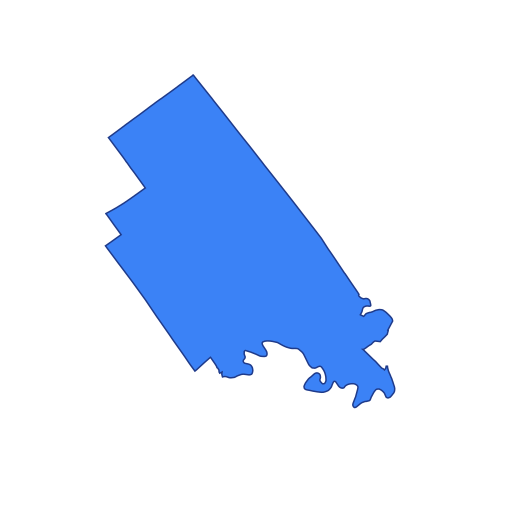 the district of Sfantu Gheorghe, Ialomita, Romania, rotated 298°
{"feature_id": "2599482B85918510694904", "entity_name": "Sfantu Gheorghe", "entity_type": "district", "adm_level": 2, "iso_a3": "ROU", "parent_name": "Romania", "parent_adm1": "Ialomita", "projection": "albers", "projection_center": [26.838, 44.661], "detail": "fine", "context": "isolated", "style": "filled", "palette": "blue", "viewbox_px": 512, "rotation_deg": 298, "n_neighbors": 0, "source": "geoboundaries", "source_scale": "gbopen_adm2", "svg_char_len": 6045}
<svg xmlns="http://www.w3.org/2000/svg" viewBox="0 0 512 512"><g transform="rotate(298 256 256)"><path d="M212.4,432.1L213.7,430.6L215.9,427.8L217.2,426.4L219.1,424.7L220.4,423.8L220.1,423.3L219.9,422.7L219.3,422.8L217.7,423.3L216.8,423.1L215.7,422.9L216.1,421.3L216.1,420.7L216.0,419.9L216.1,419.4L217.8,414.4L219.0,411.1L219.8,407.8L222.6,398.2L223.5,395.1L223.6,394.7L223.7,394.1L224.1,394.7L224.5,395.1L225.6,395.7L226.7,396.3L228.7,397.2L230.6,398.2L231.1,398.6L232.4,399.3L234.0,399.7L235.4,400.2L236.0,400.5L236.7,400.9L237.1,401.7L237.8,403.5L238.7,405.9L239.7,406.1L241.9,406.6L245.2,407.7L248.4,408.6L248.9,408.6L249.3,408.4L252.1,407.8L252.3,407.7L252.3,407.2L262.7,407.2L263.0,407.0L263.7,406.4L264.3,405.8L265.0,404.6L265.8,402.6L266.8,399.2L267.3,397.4L267.5,396.3L267.8,393.9L267.8,393.2L267.6,392.5L267.4,391.8L266.7,390.2L266.0,389.2L265.2,388.3L264.5,387.4L263.8,386.8L263.2,386.3L261.7,385.2L260.1,383.7L259.6,382.9L258.4,381.7L257.8,381.1L257.0,380.5L256.6,380.2L253.9,379.6L253.2,379.4L253.1,375.7L255.4,375.7L256.5,375.7L258.8,375.1L259.8,374.9L260.2,374.9L260.5,374.9L261.1,375.0L261.8,375.3L262.9,376.1L263.5,376.8L263.9,377.3L264.3,378.1L264.7,379.1L265.1,380.0L265.3,380.3L265.7,380.5L265.9,380.6L266.1,380.6L266.4,380.4L267.2,379.9L268.3,378.9L269.5,377.9L269.9,377.5L270.3,376.7L270.5,375.9L270.7,374.7L270.5,374.1L270.2,373.1L269.6,372.3L269.1,371.7L268.7,371.2L268.4,369.8L268.3,368.5L268.7,366.4L269.0,365.6L269.2,365.3L269.7,364.9L270.1,364.8L270.5,364.9L272.0,362.2L277.9,350.9L282.1,343.1L282.4,342.3L282.5,342.0L284.2,338.9L291.4,325.5L293.6,321.3L296.2,316.2L302.3,305.4L308.1,292.7L308.8,291.1L314.8,277.8L321.1,263.9L325.1,254.9L334.3,234.0L337.9,225.8L340.3,220.3L341.7,217.3L344.0,212.1L349.6,199.6L352.7,192.4L357.2,182.0L363.8,167.2L367.3,159.3L373.0,146.2L374.3,143.4L384.5,119.8L386.3,115.8L386.3,115.5L386.1,115.5L385.8,115.4L380.6,112.9L377.6,111.5L371.4,108.5L365.2,105.6L357.6,101.9L350.2,98.3L349.8,98.0L343.7,95.0L342.3,94.4L338.4,92.5L328.3,87.8L321.1,84.3L317.8,82.7L312.7,80.3L312.4,80.1L303.8,76.1L296.2,72.5L291.3,70.1L284.2,85.1L280.8,92.3L279.2,95.5L278.4,96.9L277.6,98.8L274.8,104.2L272.8,108.6L268.6,117.2L264.1,126.3L260.6,124.6L250.5,119.6L248.1,118.4L240.8,114.6L232.6,109.8L226.4,105.8L223.4,103.8L223.0,103.5L222.9,103.6L222.2,105.3L220.6,108.5L216.9,115.9L215.2,119.4L211.5,126.9L198.6,120.5L194.3,118.3L192.5,122.0L189.4,128.6L184.5,138.9L184.5,139.0L175.1,159.1L165.4,178.9L155.3,197.9L155.3,198.0L145.6,217.0L143.2,221.5L135.9,236.0L133.7,240.3L130.2,246.9L128.4,250.5L125.7,256.1L127.8,257.0L132.1,258.5L138.0,260.6L144.1,262.9L145.2,263.4L141.9,269.8L140.8,271.8L139.9,273.2L139.7,273.4L139.5,273.5L139.0,274.3L139.0,275.0L137.9,276.8L136.9,277.5L136.3,277.8L135.5,279.0L137.6,280.5L135.7,281.2L134.1,282.6L133.5,283.2L133.9,283.6L134.5,284.4L134.9,284.9L135.2,285.6L135.5,286.3L136.0,289.5L136.3,290.2L136.8,291.2L137.7,292.5L138.6,293.8L139.6,294.6L140.7,295.3L142.0,296.3L143.2,297.4L144.4,298.5L144.9,299.1L145.4,299.8L145.9,300.7L146.4,302.0L147.7,305.5L148.1,306.2L148.7,306.9L149.0,307.1L149.4,307.5L150.0,307.7L150.5,307.7L151.2,307.6L152.2,307.4L152.9,307.1L153.5,306.9L154.6,306.1L155.6,305.3L156.2,304.5L156.5,304.1L156.8,303.4L157.1,302.7L157.2,301.9L157.2,301.2L157.0,299.9L156.4,297.8L156.1,296.7L156.0,296.2L156.1,295.7L156.3,295.1L156.7,294.4L157.3,294.0L157.8,293.8L158.2,293.8L159.8,294.1L160.3,294.2L160.8,294.1L161.3,294.0L161.8,293.8L162.3,293.3L162.7,292.8L164.0,291.5L165.7,290.7L165.9,290.5L166.5,290.5L167.1,290.6L167.4,290.8L167.7,291.2L167.8,292.0L168.0,292.8L168.2,294.2L168.7,296.6L168.8,297.7L169.0,299.5L169.3,302.1L169.5,306.3L169.8,307.4L170.4,308.9L171.5,311.0L172.2,311.7L172.6,312.0L173.3,312.1L173.8,312.0L174.6,311.8L175.5,311.2L176.3,310.6L177.5,308.9L179.8,304.7L180.3,303.9L180.9,303.2L181.3,302.8L181.7,302.5L182.1,302.3L182.6,302.2L183.0,302.3L183.6,302.6L183.9,302.9L184.8,303.6L186.2,305.6L186.9,307.0L187.6,308.5L188.4,310.8L189.4,314.4L189.7,315.6L189.7,317.0L189.6,319.7L189.6,321.9L189.7,323.9L189.9,325.8L190.3,327.8L190.7,329.5L191.2,331.0L191.7,332.0L192.6,333.6L193.1,334.6L193.4,335.3L193.7,336.2L193.8,336.8L193.7,337.6L192.9,341.3L192.6,342.2L192.0,343.6L191.0,345.1L185.7,352.4L184.8,353.7L184.4,354.7L184.1,355.5L183.8,356.9L183.6,357.7L183.6,358.2L184.6,360.6L185.3,361.3L185.8,361.7L187.4,362.8L188.3,363.7L188.6,364.1L188.8,364.7L188.8,365.5L188.7,366.0L187.7,368.0L186.8,369.6L185.4,371.4L184.0,372.8L182.1,374.4L179.1,376.2L177.8,376.5L176.5,376.5L175.7,376.4L175.2,376.0L174.7,375.3L174.5,374.9L174.5,374.4L174.6,373.9L175.4,371.8L175.7,371.4L176.0,371.0L176.6,370.5L177.6,370.3L178.9,370.0L180.2,369.2L181.1,368.4L181.6,367.5L181.7,366.8L181.7,365.6L181.4,364.8L181.0,364.1L180.3,363.4L179.5,362.9L178.5,362.5L176.5,361.8L174.7,361.1L173.5,360.5L171.9,360.0L168.7,359.5L167.0,359.3L164.9,359.4L164.0,359.5L163.2,359.7L162.3,360.4L161.8,360.9L161.5,361.8L161.5,362.8L161.8,364.1L162.4,365.9L163.5,369.8L164.9,374.0L166.4,377.8L167.4,379.5L168.7,380.9L170.3,382.3L171.3,383.0L172.4,383.4L174.0,383.8L175.6,384.0L176.8,383.9L178.1,383.7L180.6,383.5L181.4,383.6L181.8,383.7L182.2,384.1L182.4,384.8L182.3,385.5L180.5,388.9L179.9,390.0L179.5,391.3L179.4,392.4L179.5,393.3L179.8,394.1L180.2,394.8L180.8,395.4L181.3,395.6L182.3,395.7L183.2,395.9L184.1,396.3L185.6,397.3L186.7,398.4L187.7,399.7L188.7,401.4L189.1,402.3L189.4,403.5L189.4,404.7L189.3,405.8L188.8,407.0L188.2,407.5L187.9,407.7L186.1,408.3L178.3,410.1L177.0,410.2L172.9,410.7L171.4,410.9L169.9,411.4L169.1,412.2L168.7,412.8L168.5,413.5L168.4,414.0L169.1,415.0L169.9,415.5L174.9,417.6L176.3,418.4L178.8,420.6L179.2,421.4L181.3,423.8L182.1,424.3L183.1,424.3L185.3,424.0L190.1,424.0L191.7,424.1L194.0,424.5L194.9,425.0L195.3,425.4L196.4,427.2L196.4,428.0L196.4,429.5L196.2,430.7L195.8,432.2L195.2,433.7L192.9,436.6L192.5,437.1L192.4,438.2L192.6,439.1L193.1,439.7L194.5,440.8L196.5,441.3L199.9,441.9L201.4,441.8L202.6,441.4L204.1,440.7L205.6,439.5L206.7,438.3L208.8,436.2L211.7,433.1L212.4,432.1Z" fill="#3b82f6" stroke="#1e3a8a" stroke-width="1.5"/></g></svg>